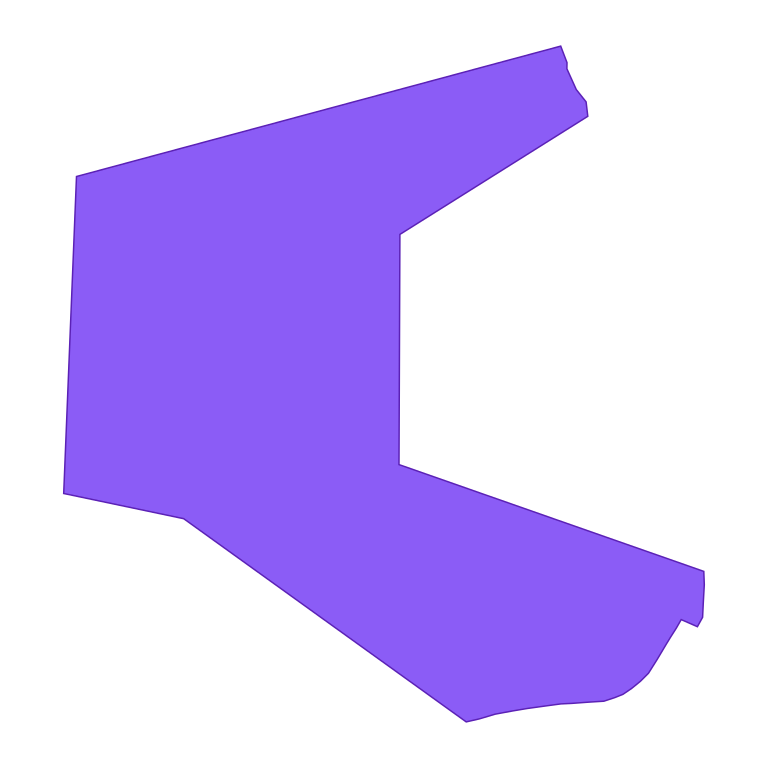 the district of Ukaeb, Melekeok, Palau
{"feature_id": "81905179B87979542082634", "entity_name": "Ukaeb", "entity_type": "district", "adm_level": 2, "iso_a3": "PLW", "parent_name": "Palau", "parent_adm1": "Melekeok", "projection": "mercator", "projection_center": [134.634, 7.496], "detail": "fine", "context": "isolated", "style": "filled", "palette": "violet", "viewbox_px": 768, "rotation_deg": 0, "n_neighbors": 0, "source": "geoboundaries", "source_scale": "gbopen_adm2", "svg_char_len": 569}
<svg xmlns="http://www.w3.org/2000/svg" viewBox="0 0 768 768"><path d="M76.5,176.5L63.7,493.5L183.7,518.7L466.2,721.9L479.3,718.9L495.0,714.2L512.3,711.0L527.2,708.5L545.3,706.0L560.9,703.9L571.6,703.4L589.3,702.1L603.9,701.2L614.8,697.6L623.0,694.3L631.8,688.3L640.5,681.2L648.5,673.2L657.2,659.4L666.5,643.8L670.6,637.1L676.4,628.0L681.2,619.6L697.4,626.7L702.6,617.3L703.3,602.6L704.3,584.7L703.8,571.4L399.0,464.6L399.9,234.4L587.8,116.3L586.1,101.9L576.3,89.6L566.9,68.8L567.0,62.6L560.7,46.1L76.5,176.5Z" fill="#8b5cf6" stroke="#5b21b6" stroke-width="1.5"/></svg>